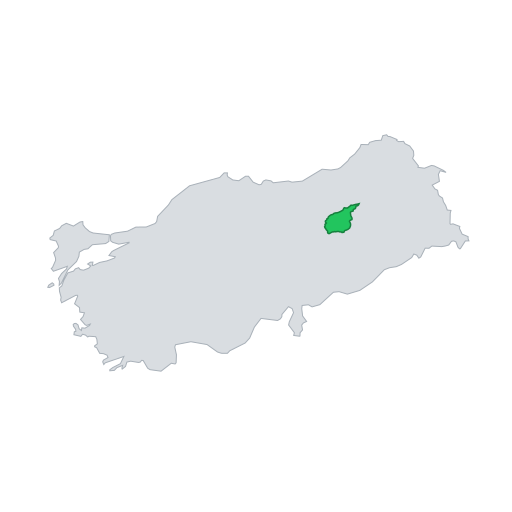 Tunceli highlighted on a map of Turkey, rotated 342°
{"feature_id": "TUR-3045", "entity_name": "Tunceli", "entity_type": "Province", "adm_level": 1, "iso_a3": "TUR", "parent_name": "Turkey", "parent_adm1": "", "projection": "equal_earth", "projection_center": [39.524, 39.174], "detail": "fine", "context": "in_parent", "style": "filled", "palette": "green", "viewbox_px": 512, "rotation_deg": 342, "n_neighbors": 0, "source": "natural_earth", "source_scale": "10m", "svg_char_len": 5029}
<svg xmlns="http://www.w3.org/2000/svg" viewBox="0 0 512 512"><g transform="rotate(342 256 256)"><path d="M390.4,182.4L397.1,184.8L399.3,183.0L405.4,183.2L410.9,184.6L413.8,180.7L417.7,181.1L418.5,183.1L420.3,183.8L426.1,188.8L425.4,189.5L426.9,191.3L431.8,192.6L432.3,195.1L436.2,198.9L438.2,204.9L437.2,209.0L435.1,211.6L438.3,220.5L437.4,221.7L443.4,224.6L450.9,224.1L453.3,225.4L460.7,232.5L462.6,235.2L457.5,231.8L454.7,234.7L453.5,241.7L445.5,243.0L446.9,247.5L449.0,249.6L448.4,254.0L449.0,255.7L451.3,258.5L451.0,262.4L452.0,266.5L452.1,271.4L455.5,272.9L454.0,275.2L450.5,285.2L450.8,286.0L453.3,286.3L459.0,290.9L458.0,292.5L458.8,298.9L463.7,303.1L463.0,305.3L463.2,307.4L459.7,306.4L452.6,312.2L451.8,312.1L450.8,310.1L450.5,304.3L448.8,302.8L446.5,302.4L442.7,305.1L439.2,305.0L435.6,304.5L426.3,300.9L422.9,302.1L419.3,300.8L412.4,307.8L410.2,308.4L409.2,304.9L406.7,302.9L403.6,305.6L391.7,309.0L386.1,309.5L379.4,308.4L373.8,308.7L358.7,316.6L344.1,320.8L331.1,320.5L324.0,315.6L318.4,314.4L301.7,322.0L293.6,321.7L290.8,318.6L284.6,317.3L283.2,320.3L281.8,327.4L283.9,333.9L280.4,334.3L278.1,335.8L277.4,340.7L274.2,342.6L273.1,345.7L272.5,345.7L267.3,343.2L268.8,340.8L265.7,331.7L267.3,328.9L274.2,321.5L274.1,317.2L271.2,314.2L262.6,319.6L261.8,321.7L259.8,323.3L256.6,324.0L241.5,316.9L232.5,323.1L224.6,332.1L218.8,335.4L201.8,338.0L198.8,339.7L193.0,337.8L189.7,335.4L182.1,325.1L167.6,317.4L152.0,315.5L150.6,317.5L149.8,325.4L147.0,332.9L145.7,333.7L142.3,331.8L130.1,336.2L120.0,331.3L118.3,329.2L116.4,320.5L114.9,319.9L113.2,321.1L111.5,321.0L104.3,317.3L100.4,317.0L97.8,320.7L93.8,322.2L93.8,321.2L95.4,318.8L89.2,319.2L85.9,321.0L81.5,320.0L81.8,319.0L85.5,317.8L93.8,316.5L99.3,310.7L79.6,311.0L77.7,312.2L77.5,309.3L78.7,307.9L83.9,306.8L83.7,304.3L80.7,301.7L77.3,300.3L76.1,294.0L74.5,292.5L74.7,291.6L78.0,290.5L78.9,286.0L78.6,283.2L72.4,280.7L70.9,281.0L69.5,278.6L66.9,276.8L64.6,278.3L58.5,274.6L59.8,271.9L61.4,272.0L61.8,269.9L60.7,266.4L61.0,264.6L62.4,264.1L63.9,264.4L65.4,266.5L65.3,270.5L66.9,272.9L68.2,270.5L71.1,271.8L76.3,270.6L77.4,269.5L73.6,269.7L72.3,268.7L69.5,262.1L72.8,260.2L75.3,257.0L71.1,254.9L72.2,250.5L68.7,245.4L74.1,239.0L73.9,238.1L72.3,237.7L56.7,240.4L56.6,237.5L57.9,235.0L58.2,228.9L59.1,225.5L62.0,224.5L65.8,219.6L71.9,213.9L77.8,214.0L80.2,212.4L83.7,212.3L84.6,214.6L87.6,216.2L93.1,215.9L95.8,214.4L93.4,211.6L96.6,210.7L99.0,211.4L97.5,214.4L98.2,214.7L105.3,213.8L112.7,214.6L120.8,214.2L121.9,213.2L116.3,210.1L120.1,207.4L122.2,206.8L139.4,204.3L139.5,203.7L129.1,202.3L123.9,198.7L122.5,196.7L123.8,191.9L125.0,190.7L128.8,190.5L141.5,192.7L150.7,191.4L160.6,194.5L170.1,193.9L172.2,192.5L174.7,187.9L188.5,180.4L193.4,176.4L214.5,168.7L245.8,170.1L251.4,167.1L254.5,168.1L253.6,170.1L253.7,171.9L257.4,176.5L262.9,179.1L270.7,176.9L273.5,177.8L276.1,184.9L280.9,189.2L283.1,189.5L286.1,187.0L288.9,186.7L293.5,189.2L295.0,191.7L310.0,194.7L313.1,196.9L323.2,199.1L345.7,193.9L353.9,197.4L360.8,198.5L363.8,198.0L372.8,193.9L375.6,191.6L381.3,189.6L388.3,185.0L390.4,182.4ZM101.9,169.7L101.1,172.9L102.3,176.5L105.2,181.3L108.2,183.8L123.1,190.5L120.6,196.7L116.8,197.7L103.9,194.7L98.4,197.2L94.6,196.6L89.2,197.7L87.5,201.5L83.6,205.8L72.8,211.1L62.5,221.7L59.7,223.1L61.2,219.5L61.2,216.3L65.7,212.6L71.7,209.8L73.4,207.5L58.6,207.9L57.4,204.6L58.9,204.0L64.1,198.2L64.7,195.9L64.6,190.2L70.6,187.0L71.2,185.6L70.6,180.0L65.3,176.8L65.5,175.2L69.5,173.7L72.0,169.9L77.8,169.1L80.6,167.2L85.7,166.3L91.6,171.1L99.1,169.3L101.9,169.7ZM54.8,221.4L49.8,222.2L48.3,221.4L49.9,219.7L53.9,218.5L55.0,220.2L54.8,221.4Z" fill="#d9dde1" stroke="#a8b0b8" stroke-width="1"/><path d="M361.9,237.1L362.2,237.1L363.0,237.4L363.4,237.6L366.6,237.7L368.4,238.0L370.2,238.1L369.3,239.1L368.2,239.6L367.7,239.6L366.7,239.4L366.3,239.7L365.7,241.0L364.7,241.7L363.6,241.7L362.7,242.1L362.5,242.7L362.3,243.2L362.0,243.3L360.4,243.2L359.4,243.5L359.1,244.1L358.9,245.5L358.7,246.3L358.6,247.0L359.0,249.2L358.9,250.1L358.5,251.0L357.3,251.1L356.2,251.3L355.8,251.6L355.5,252.1L355.8,253.2L355.9,254.2L355.6,255.6L355.0,256.8L353.7,258.3L351.6,259.1L349.5,259.3L348.7,259.2L348.0,259.4L347.4,260.1L346.8,260.6L346.2,260.4L345.7,260.1L345.3,260.2L345.1,260.3L344.6,259.6L344.2,259.3L343.2,259.0L342.3,258.3L341.3,257.9L340.4,257.8L339.5,257.5L338.8,257.5L338.2,257.0L337.9,257.0L337.5,257.1L337.3,257.1L336.4,256.7L334.7,256.9L332.9,257.3L332.3,257.3L331.4,256.4L331.4,255.6L331.7,254.8L331.7,254.0L330.9,252.7L330.7,250.9L330.5,250.7L330.3,250.6L330.3,249.9L330.3,249.3L330.5,249.1L331.1,248.8L331.4,247.2L331.9,246.9L332.5,246.8L333.1,246.4L332.8,245.9L332.5,245.0L332.9,244.1L334.2,243.6L334.4,243.5L334.7,243.0L335.0,242.5L335.6,242.6L336.2,242.3L336.6,241.5L337.2,241.0L339.3,240.2L340.4,240.0L341.6,240.2L342.5,239.9L343.4,239.5L345.0,239.6L346.7,240.0L348.4,240.0L351.7,239.5L353.2,239.0L354.2,237.7L355.0,237.4L356.2,238.1L357.9,238.6L359.9,237.9L360.3,237.8L361.2,237.4L361.9,237.2L361.9,237.1Z" fill="#22c55e" stroke="#15803d" stroke-width="1.5"/></g></svg>